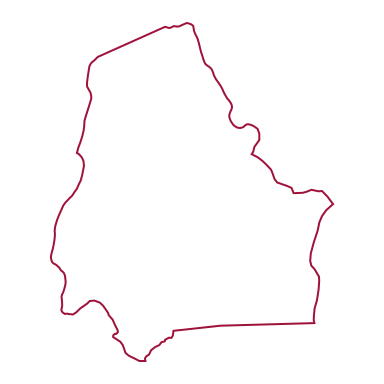 Coolie Town, Laborie, Saint Lucia
{"feature_id": "8701671B72346500642507", "entity_name": "Coolie Town", "entity_type": "district", "adm_level": 2, "iso_a3": "LCA", "parent_name": "Saint Lucia", "parent_adm1": "Laborie", "projection": "mercator", "projection_center": [-60.967, 13.77], "detail": "fine", "context": "isolated", "style": "outline", "palette": "rose", "viewbox_px": 384, "rotation_deg": 0, "n_neighbors": 0, "source": "geoboundaries", "source_scale": "gbopen_adm2", "svg_char_len": 3503}
<svg xmlns="http://www.w3.org/2000/svg" viewBox="0 0 384 384"><path d="M62.8,312.6L65.1,314.0L66.8,313.6L68.6,314.0L72.9,314.5L76.2,312.4L80.5,308.2L82.9,306.6L87.0,303.7L89.8,301.0L94.4,300.6L99.8,302.6L103.1,305.7L108.1,312.9L108.7,315.1L112.6,319.6L115.0,325.0L117.6,330.1L117.9,332.1L116.3,333.9L114.8,333.9L113.3,335.2L113.1,337.0L118.3,340.4L120.3,341.7L122.9,345.3L125.5,352.9L128.7,355.6L132.2,357.4L134.6,358.5L139.4,361.0L141.8,361.0L145.4,361.0L145.0,358.5L146.1,356.5L149.1,354.5L151.1,350.2L155.4,346.9L159.3,345.1L161.5,342.2L164.8,341.3L165.2,339.7L168.9,337.7L171.3,337.9L172.8,335.7L173.5,330.8L220.3,325.7L314.4,323.1L313.7,320.2L313.9,315.7L314.6,308.4L317.0,300.1L318.6,289.4L319.2,281.2L319.0,276.7L314.6,269.2L311.3,265.6L310.2,260.9L310.8,253.4L313.9,242.0L317.7,230.5L319.3,222.5L321.9,216.3L326.1,210.3L332.1,204.9L333.1,204.1L327.3,196.4L322.0,191.0L318.5,191.3L311.5,189.8L306.2,191.9L302.7,192.8L295.9,193.1L293.6,193.1L291.6,188.0L287.5,186.1L277.2,182.5L274.6,179.2L272.5,173.2L271.0,169.6L265.2,163.5L262.3,160.8L257.6,157.2L251.7,154.2L253.2,151.8L254.4,146.9L259.3,140.0L259.3,133.7L257.6,128.9L254.6,126.7L253.3,126.0L252.3,125.4L250.7,124.8L249.4,124.5L248.1,124.2L246.5,124.5L245.0,125.5L243.3,127.1L241.5,127.7L239.9,128.0L238.3,127.8L236.8,127.4L235.5,126.6L234.3,125.7L233.0,124.5L232.1,123.1L231.1,121.7L230.4,120.2L230.0,119.2L229.5,117.8L229.3,116.9L229.3,115.4L229.4,114.5L229.9,113.0L230.3,111.9L230.8,110.7L231.2,110.0L231.7,108.7L232.0,107.2L232.0,106.6L231.8,105.6L231.4,104.3L230.7,102.9L229.0,100.4L227.8,99.2L226.8,97.8L225.9,96.2L225.0,94.7L224.2,93.1L223.4,91.5L222.3,88.9L221.3,87.1L220.1,85.1L219.0,83.5L217.9,81.9L217.0,80.7L216.3,79.7L215.6,78.5L214.8,77.1L214.0,75.5L213.7,74.7L213.2,72.8L212.7,71.6L211.8,69.6L211.3,68.8L210.4,67.9L209.3,66.9L207.7,65.9L206.8,65.2L205.6,64.2L204.9,63.0L204.4,62.2L203.9,60.7L203.3,59.2L202.8,57.3L202.5,56.3L201.8,54.3L201.1,52.2L200.4,49.4L199.8,47.0L199.4,45.3L198.9,43.2L198.3,41.3L198.0,39.9L197.5,38.6L197.0,37.5L196.5,36.3L195.6,34.8L195.0,33.4L194.5,32.1L193.9,30.4L193.7,28.7L193.2,25.9L191.5,24.5L188.6,23.4L186.8,23.0L183.2,24.5L180.6,25.7L179.0,26.4L177.1,26.6L173.8,26.1L170.2,27.9L168.6,27.9L165.1,26.8L101.4,55.3L99.4,56.2L97.8,56.9L94.5,60.2L92.2,62.1L90.9,63.4L89.4,66.3L87.9,75.7L87.1,81.8L87.0,84.8L87.1,86.6L87.9,88.0L90.5,92.7L91.2,95.8L91.3,98.6L88.9,106.5L85.9,115.9L84.5,120.7L84.2,126.1L83.6,130.7L82.1,136.9L79.9,143.6L78.5,147.1L77.7,150.0L76.9,153.0L78.8,154.0L81.9,157.5L83.4,160.8L84.0,165.7L82.2,175.0L80.7,180.6L79.2,183.5L76.8,188.9L74.0,192.8L72.0,195.9L70.3,197.4L69.7,198.0L68.6,199.2L67.3,200.6L66.6,201.3L65.6,202.4L64.9,203.2L64.4,203.9L63.8,204.8L63.2,205.7L62.5,207.3L62.2,208.0L58.7,215.8L56.7,221.1L56.0,223.7L55.2,226.4L55.1,227.2L54.7,230.0L54.7,231.4L54.9,233.1L54.9,235.0L54.8,236.8L54.6,238.2L54.4,240.5L53.9,243.0L53.7,244.5L53.5,245.6L53.0,248.1L52.5,249.9L52.0,251.8L51.6,253.1L51.2,255.2L51.0,256.1L50.9,257.6L51.1,258.5L51.4,260.0L51.7,261.0L52.3,262.3L53.5,263.4L54.2,263.8L55.4,264.4L56.6,265.2L58.1,266.6L59.3,267.7L59.9,268.7L60.9,270.3L61.9,271.1L63.1,272.1L63.9,273.1L64.1,273.5L64.7,274.9L65.0,275.9L65.2,277.3L65.3,278.5L65.4,279.5L65.6,280.5L65.6,282.2L65.6,282.9L65.4,284.3L65.1,285.8L64.7,287.1L64.5,288.2L63.9,290.2L63.2,292.3L62.6,293.5L62.1,294.5L61.7,295.9L61.5,297.0L61.7,298.3L61.9,299.4L61.9,300.6L62.1,302.1L62.1,303.7L62.2,305.5L61.9,307.5L61.5,308.9L61.3,310.0L62.0,311.5L62.8,312.6Z" fill="none" stroke="#9f1239" stroke-width="2"/></svg>